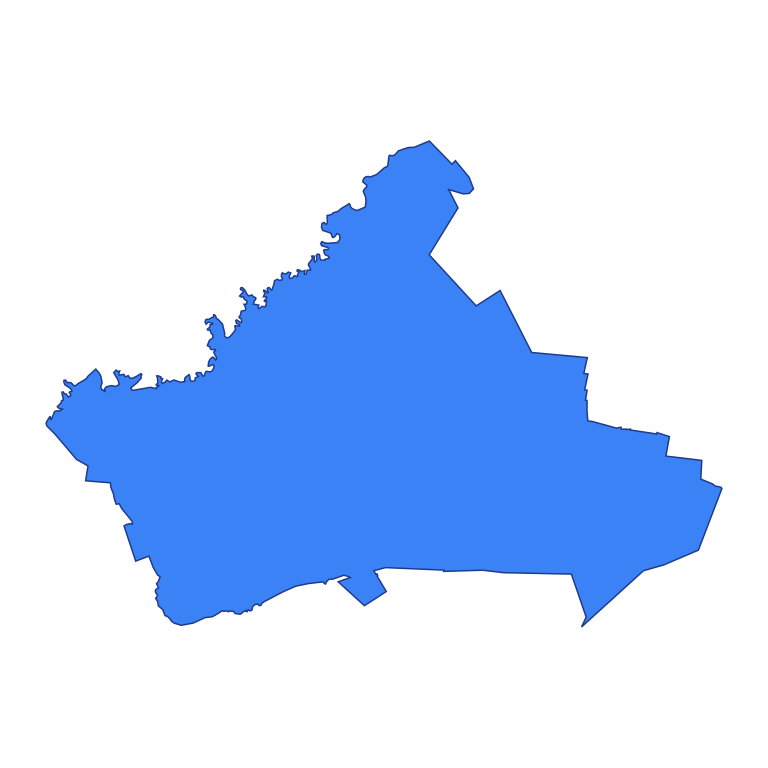 Tanlajás, San Luis Potosí, Mexico (Mercator projection)
{"feature_id": "50627088B17582677528322", "entity_name": "Tanlajás", "entity_type": "district", "adm_level": 2, "iso_a3": "MEX", "parent_name": "Mexico", "parent_adm1": "San Luis Potosí", "projection": "mercator", "projection_center": [-98.882, 21.745], "detail": "fine", "context": "isolated", "style": "filled", "palette": "blue", "viewbox_px": 768, "rotation_deg": 0, "n_neighbors": 0, "source": "geoboundaries", "source_scale": "gbopen_adm2", "svg_char_len": 6083}
<svg xmlns="http://www.w3.org/2000/svg" viewBox="0 0 768 768"><path d="M721.9,488.6L721.1,487.4L717.4,486.3L715.9,486.5L712.5,483.9L700.8,479.1L701.8,460.4L665.9,456.1L669.4,436.6L657.0,432.6L656.8,434.0L630.4,430.0L630.5,429.1L626.3,429.6L626.3,429.1L621.3,429.2L621.0,427.2L616.4,428.1L592.8,421.6L587.8,420.8L587.0,410.7L587.1,400.6L587.5,400.5L585.5,400.2L587.1,390.2L584.7,389.8L588.0,374.0L583.8,373.4L587.3,357.6L531.7,352.5L500.1,290.5L476.2,305.9L429.2,254.8L458.0,207.9L448.7,189.6L463.4,193.9L469.3,193.4L473.5,188.9L469.2,177.4L455.4,160.7L452.0,164.2L429.3,141.0L414.1,147.3L408.3,147.5L398.5,150.8L394.7,155.0L392.4,155.8L389.5,155.3L388.9,156.2L387.9,164.8L387.2,166.6L384.4,167.7L376.7,174.5L370.0,177.1L368.5,176.5L366.0,176.7L364.2,178.0L362.8,180.8L363.1,182.2L366.5,184.9L366.8,186.6L363.9,189.7L363.3,191.5L365.6,197.1L366.0,201.7L365.2,207.1L357.4,210.4L355.1,210.0L352.1,208.5L350.6,206.9L349.9,204.4L349.2,203.7L341.0,208.7L338.1,211.3L333.4,212.7L331.1,214.7L327.1,215.5L327.3,223.2L326.1,224.5L324.4,222.7L323.4,222.5L321.9,223.8L321.5,227.1L322.7,230.4L330.4,233.0L331.3,234.1L332.3,237.2L333.3,237.5L334.9,236.5L337.0,233.6L339.4,234.8L339.9,236.6L339.7,239.6L337.6,242.5L327.9,243.3L324.8,242.9L321.9,241.6L320.7,243.6L321.7,245.7L328.1,247.6L328.4,249.1L327.4,249.7L324.8,249.6L323.7,250.2L324.2,252.9L325.3,254.9L328.5,256.2L329.2,258.1L324.7,259.4L324.5,260.3L321.0,260.0L320.0,258.6L319.6,255.0L318.9,254.2L317.3,254.2L316.3,255.4L316.9,260.1L315.0,262.0L314.2,261.1L314.3,256.8L313.8,255.9L311.7,256.2L312.5,258.6L308.5,263.8L308.5,265.3L310.8,269.4L310.5,270.1L307.3,270.1L306.1,274.1L304.8,274.4L304.2,273.7L305.0,270.6L302.0,271.6L299.6,270.1L297.4,269.8L297.0,271.0L298.9,271.9L297.6,274.6L297.6,276.1L297.0,276.5L294.3,275.7L292.4,277.8L290.2,278.4L289.5,277.9L289.2,276.6L290.8,273.0L288.3,272.1L285.9,273.8L284.2,273.9L282.5,272.8L281.6,273.8L281.4,275.4L281.4,276.7L282.5,278.2L282.0,279.7L279.7,280.5L277.3,279.3L274.5,280.7L274.1,283.5L272.0,289.9L271.3,290.1L269.2,287.5L267.5,288.1L267.2,288.6L268.2,292.6L267.6,292.9L265.1,290.5L263.8,290.2L263.5,290.8L264.9,293.2L263.4,296.8L266.4,296.7L266.9,297.7L264.3,300.8L264.5,301.4L266.6,300.9L265.6,306.7L261.8,306.4L259.5,308.4L258.6,308.6L258.2,307.4L258.8,305.1L253.3,304.1L254.6,300.5L255.7,299.4L255.7,297.6L253.6,296.9L251.8,294.9L249.8,295.8L248.4,295.8L246.6,293.6L244.7,289.9L242.3,287.6L241.0,287.7L240.4,288.8L240.6,289.5L243.2,291.0L243.3,291.9L239.6,296.0L241.3,297.1L243.5,296.8L244.1,298.9L247.1,301.3L246.5,304.1L244.0,304.3L245.3,306.7L245.8,309.3L245.0,310.4L241.2,311.2L240.5,314.8L239.0,317.1L239.2,317.8L240.8,318.3L241.6,320.3L241.5,322.4L240.7,322.6L236.8,319.9L235.8,320.4L236.4,323.3L239.3,324.6L239.6,325.9L239.0,326.3L235.5,325.5L234.8,326.2L235.4,328.6L235.0,330.6L230.2,336.4L228.0,337.8L226.6,337.9L224.5,336.0L224.7,333.3L222.5,324.0L217.9,319.2L216.2,318.3L215.8,316.2L214.5,314.8L213.8,314.7L213.4,317.1L211.6,317.6L209.2,319.3L207.0,319.2L205.5,320.0L205.1,322.2L206.2,324.2L208.1,322.2L212.3,323.1L212.8,323.9L210.0,324.9L209.9,327.1L207.4,329.0L207.4,329.9L210.2,330.3L210.8,332.7L212.7,334.9L212.9,336.4L212.8,337.9L209.4,340.4L207.3,345.7L209.7,346.7L210.4,349.0L211.6,349.6L215.2,349.5L215.6,350.5L214.0,351.6L213.8,352.5L216.4,357.3L216.5,359.1L215.5,360.0L213.7,357.4L212.2,357.2L209.8,359.6L208.6,362.1L208.2,366.1L209.2,366.2L213.1,364.5L214.3,366.0L213.0,369.6L211.9,371.1L209.9,371.9L207.0,371.3L205.8,371.6L204.0,376.1L202.6,375.9L200.9,372.6L196.5,372.6L196.0,374.2L198.5,376.4L195.3,377.8L194.8,380.6L193.5,381.2L191.3,381.1L190.2,380.1L189.7,375.8L189.0,374.6L185.3,377.4L184.6,379.1L184.8,381.6L180.3,382.2L173.9,380.0L169.6,381.9L166.9,380.1L164.6,382.5L162.1,383.4L161.4,381.7L162.6,378.7L160.7,378.3L160.9,376.9L158.0,375.8L156.7,375.9L157.5,378.3L157.8,382.9L156.2,384.7L156.4,385.4L158.8,385.4L158.9,386.0L156.2,387.7L156.2,388.6L150.5,387.3L133.2,390.3L131.6,389.8L131.0,387.7L137.0,382.9L139.3,380.3L141.2,378.0L141.1,376.4L141.8,374.6L140.9,373.6L136.5,376.4L132.9,378.0L130.2,378.4L128.2,375.6L125.3,376.9L123.8,374.3L119.2,375.2L118.7,374.0L119.7,371.0L117.8,371.4L116.0,370.1L113.7,372.7L117.8,379.5L118.9,382.7L118.9,384.7L116.1,386.4L111.2,385.6L106.2,386.9L104.5,389.1L104.5,390.0L105.3,390.9L104.9,391.5L101.6,389.3L100.7,387.1L102.1,382.7L100.8,376.1L99.1,373.0L95.8,369.1L88.0,376.2L85.9,379.0L78.1,383.6L75.3,385.9L73.7,385.5L71.3,382.9L70.0,382.5L68.0,382.7L66.3,381.4L65.6,380.1L64.0,380.3L63.8,382.0L65.0,384.9L69.6,387.7L71.6,390.0L71.8,391.3L69.6,391.9L69.3,392.8L70.5,394.0L70.6,395.6L68.4,397.0L66.2,394.0L64.3,393.6L63.1,391.9L62.1,392.1L62.0,393.7L63.3,398.8L63.0,400.2L61.5,400.7L61.3,402.5L57.3,406.7L59.2,408.6L62.3,409.1L59.9,410.9L56.2,410.9L54.5,411.6L51.6,419.1L50.6,419.4L50.3,416.8L49.5,417.0L46.5,422.0L46.1,423.7L47.1,426.2L55.0,434.1L76.6,459.5L88.0,465.9L85.6,480.8L110.4,482.8L110.9,487.3L113.4,493.9L114.6,499.8L116.2,504.2L119.3,503.8L121.6,508.4L132.0,521.2L132.4,524.1L130.0,523.7L126.7,524.4L124.0,525.9L135.7,561.1L148.9,556.1L153.2,567.4L157.7,575.2L160.1,576.6L158.3,581.6L156.5,583.7L158.5,587.8L155.9,589.5L155.3,591.0L155.8,592.8L157.5,595.0L156.8,597.1L155.6,598.3L157.7,601.6L158.3,605.8L162.7,609.6L165.0,615.6L167.3,616.4L170.0,618.9L171.4,621.2L174.3,623.2L181.3,625.3L193.1,623.1L205.1,617.6L212.4,616.7L219.1,612.9L222.0,610.6L223.3,611.3L227.1,610.9L228.1,611.8L229.6,611.1L233.6,611.4L235.1,613.5L239.7,614.2L241.3,613.8L242.3,612.5L245.5,610.5L246.1,610.8L246.0,611.4L247.1,611.7L247.9,609.9L248.7,609.8L249.4,610.7L250.8,610.7L252.0,610.0L252.6,606.6L255.3,604.3L258.2,604.3L259.0,605.5L260.7,605.5L262.0,603.2L264.1,601.7L283.4,591.6L295.7,586.2L308.1,583.6L321.9,582.0L323.5,582.1L324.3,583.5L325.5,584.0L326.5,581.8L328.8,579.3L333.2,579.0L343.7,575.3L348.0,576.3L350.2,577.5L338.2,581.8L364.4,605.7L386.3,591.5L377.1,576.2L377.7,575.8L377.0,573.9L376.0,574.4L373.8,570.7L385.6,567.6L443.7,570.1L443.6,571.4L482.5,570.2L503.8,572.7L571.4,574.1L586.2,617.1L581.5,627.0L643.5,570.7L663.8,564.9L698.4,550.1L721.9,488.6Z" fill="#3b82f6" stroke="#1e3a8a" stroke-width="1.5"/></svg>